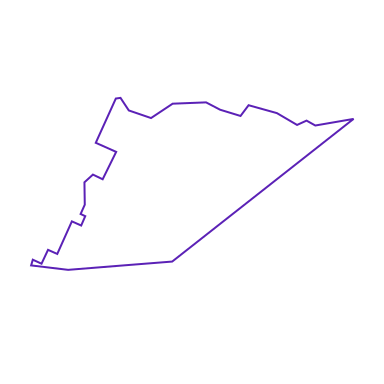 outline of Storey, Nevada, United States of America, rotated 24°
{"feature_id": "52423323B43012688186735", "entity_name": "Storey", "entity_type": "district", "adm_level": 2, "iso_a3": "USA", "parent_name": "United States of America", "parent_adm1": "Nevada", "projection": "orthographic", "projection_center": [-119.576, 39.439], "detail": "fine", "context": "isolated", "style": "outline", "palette": "violet", "viewbox_px": 384, "rotation_deg": 24, "n_neighbors": 0, "source": "geoboundaries", "source_scale": "gbopen_adm2", "svg_char_len": 563}
<svg xmlns="http://www.w3.org/2000/svg" viewBox="0 0 384 384"><g transform="rotate(24 192 192)"><path d="M307.8,63.4L309.9,59.5L277.6,81.1L267.6,80.2L260.7,88.0L237.5,85.4L208.4,89.7L205.4,102.8L184.2,105.4L168.4,104.4L138.4,119.2L124.5,141.1L101.1,143.2L88.4,135.1L84.4,137.6L84.1,182.6L84.1,186.2L106.4,186.2L105.2,216.7L94.4,216.4L89.8,226.9L99.2,247.2L99.2,257.4L104.3,257.5L104.4,267.7L94.2,267.7L94.1,303.4L84.0,303.4L83.7,318.7L74.1,318.6L74.9,324.5L110.5,313.5L159.5,286.8L202.2,263.6L307.8,63.4Z" fill="none" stroke="#5b21b6" stroke-width="2"/></g></svg>